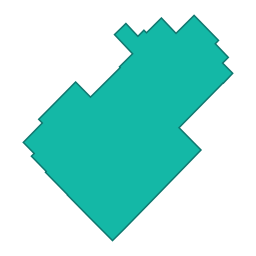 outline of Lincoln, Buenos Aires, Argentina
{"feature_id": "61730980B97340635160564", "entity_name": "Lincoln", "entity_type": "district", "adm_level": 2, "iso_a3": "ARG", "parent_name": "Argentina", "parent_adm1": "Buenos Aires", "projection": "natural_earth1", "projection_center": [-61.695, -35.088], "detail": "fine", "context": "isolated", "style": "filled", "palette": "teal", "viewbox_px": 256, "rotation_deg": 0, "n_neighbors": 0, "source": "geoboundaries", "source_scale": "gbopen_adm2", "svg_char_len": 553}
<svg xmlns="http://www.w3.org/2000/svg" viewBox="0 0 256 256"><path d="M53.5,104.4L38.7,119.3L42.3,123.0L23.3,142.4L34.2,153.5L31.4,156.2L46.3,171.5L45.5,172.3L67.6,194.8L67.4,195.0L90.0,218.0L112.5,240.6L123.5,229.7L158.6,193.7L201.0,150.0L179.0,127.7L223.0,83.0L223.3,83.2L232.7,73.3L222.6,63.1L228.3,57.4L222.0,50.8L215.3,43.8L218.5,40.4L194.1,15.4L176.0,33.4L161.4,18.0L146.5,32.8L143.9,30.2L137.9,36.3L125.9,23.5L114.5,34.6L132.6,53.8L119.5,66.8L120.2,67.6L90.5,97.1L75.6,82.0L53.5,104.4Z" fill="#14b8a6" stroke="#0f766e" stroke-width="1.5"/></svg>